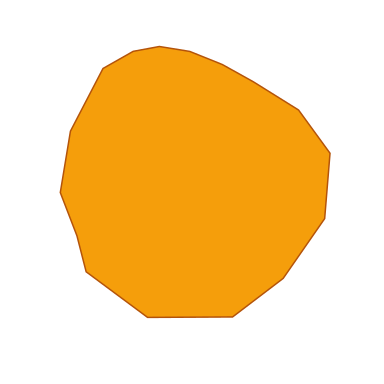 the district of Kamituga, Sud-Kivu, Democratic Republic of the Congo, rotated 288°
{"feature_id": "63176286B35677174574617", "entity_name": "Kamituga", "entity_type": "district", "adm_level": 2, "iso_a3": "COD", "parent_name": "Democratic Republic of the Congo", "parent_adm1": "Sud-Kivu", "projection": "orthographic", "projection_center": [28.195, -3.062], "detail": "fine", "context": "isolated", "style": "filled", "palette": "amber", "viewbox_px": 384, "rotation_deg": 288, "n_neighbors": 0, "source": "geoboundaries", "source_scale": "gbopen_adm2", "svg_char_len": 366}
<svg xmlns="http://www.w3.org/2000/svg" viewBox="0 0 384 384"><g transform="rotate(288 192 192)"><path d="M114.8,96.1L83.4,116.0L59.0,188.5L85.7,269.2L138.0,305.4L207.7,326.4L271.5,311.3L302.9,268.0L315.7,216.6L322.6,181.5L325.0,146.4L320.3,116.0L307.6,92.6L282.0,69.2L212.3,57.6L150.8,66.9L114.8,96.1Z" fill="#f59e0b" stroke="#b45309" stroke-width="1.5"/></g></svg>